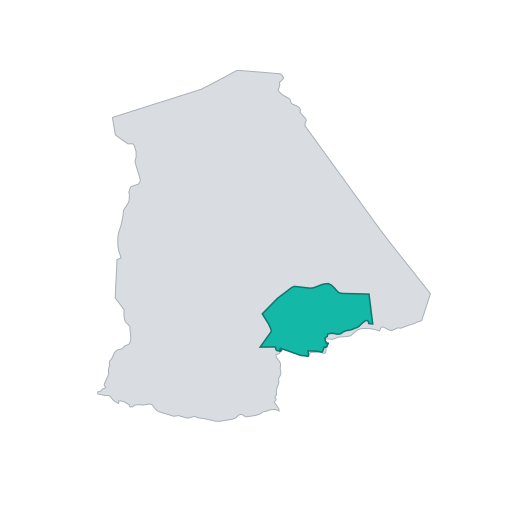 Béchar highlighted on a map of Algeria, rotated 197°
{"feature_id": "DZA-2148", "entity_name": "Béchar", "entity_type": "Province", "adm_level": 1, "iso_a3": "DZA", "parent_name": "Algeria", "parent_adm1": "", "projection": "robinson", "projection_center": [-2.712, 30.267], "detail": "fine", "context": "in_parent", "style": "filled", "palette": "teal", "viewbox_px": 512, "rotation_deg": 197, "n_neighbors": 0, "source": "natural_earth", "source_scale": "10m", "svg_char_len": 5339}
<svg xmlns="http://www.w3.org/2000/svg" viewBox="0 0 512 512"><g transform="rotate(197 256 256)"><path d="M367.0,77.9L367.4,78.9L367.5,79.9L366.0,80.9L365.0,81.4L363.8,84.0L361.6,85.7L361.2,86.2L361.3,86.7L362.9,87.5L363.4,88.2L363.7,89.2L363.2,92.8L362.4,99.2L362.5,100.5L363.1,102.2L363.8,103.5L364.0,104.9L364.0,108.5L364.8,110.6L365.4,112.5L364.2,114.9L363.7,117.0L363.4,120.0L363.3,121.9L362.5,123.6L361.4,125.3L360.1,126.3L358.5,127.2L356.7,128.4L355.3,131.5L352.1,134.1L351.5,135.0L351.3,137.0L351.4,139.9L352.1,142.2L353.7,145.6L355.2,149.3L355.6,151.2L356.2,151.9L358.2,153.1L361.5,154.8L362.2,155.5L363.9,158.1L365.6,162.7L366.2,165.7L372.3,170.4L378.1,174.5L378.5,175.2L382.1,189.2L383.3,194.1L387.9,212.1L386.3,213.1L384.5,214.4L385.9,216.8L388.7,220.8L390.4,224.0L391.0,225.3L392.3,229.3L393.4,233.2L393.7,234.4L394.2,237.4L394.0,245.5L395.0,255.9L396.1,261.0L394.7,265.7L393.5,270.1L393.7,272.4L394.5,275.9L395.3,278.4L396.3,279.8L396.2,284.1L395.9,285.7L392.9,288.0L389.7,290.1L388.8,291.9L388.6,293.8L389.1,295.4L399.0,310.2L399.4,311.6L399.6,315.8L401.3,321.0L403.1,323.3L403.8,325.0L405.0,326.2L406.2,327.1L407.0,327.2L411.2,325.8L418.5,328.1L425.5,330.5L426.0,331.0L430.1,339.0L433.8,346.5L357.2,399.4L348.8,407.5L329.0,427.4L327.5,428.3L301.1,434.1L287.4,437.0L286.8,437.2L286.0,437.2L285.4,437.2L284.2,436.7L282.8,435.5L281.9,434.9L281.6,434.0L282.2,432.7L282.8,431.6L283.1,430.7L283.6,430.0L284.2,429.5L284.2,428.7L283.7,427.5L283.2,425.7L283.2,422.6L283.2,421.1L281.9,419.9L279.5,418.6L277.3,417.8L276.3,417.5L273.9,417.1L270.5,416.2L269.3,415.7L267.1,412.7L266.0,412.0L261.0,411.5L259.3,411.0L257.9,410.3L256.7,409.4L256.1,407.7L255.9,406.4L255.4,405.8L249.8,402.6L248.4,401.6L247.7,400.6L247.6,399.1L247.8,397.3L247.5,395.7L247.3,394.9L149.3,320.7L144.1,316.9L132.2,308.3L78.2,271.0L78.6,244.3L78.7,242.9L79.0,242.3L80.8,241.3L83.5,239.1L84.5,238.1L85.8,237.1L90.4,234.0L91.3,233.2L95.8,229.7L96.8,229.2L99.2,228.8L100.2,228.2L101.5,226.8L103.5,225.2L104.8,224.4L105.1,224.3L105.9,224.2L109.9,224.6L111.6,225.0L113.7,225.3L114.3,225.1L114.9,224.6L115.6,223.5L115.8,222.2L115.9,221.0L116.0,220.5L116.4,220.3L117.3,220.4L118.4,220.5L120.9,220.5L121.7,220.3L124.4,220.1L128.3,219.3L133.9,217.5L136.6,215.5L138.5,213.3L140.5,210.1L142.1,207.4L145.4,205.6L148.1,204.6L149.6,204.1L153.1,202.7L158.8,198.4L163.6,197.8L164.2,197.4L164.9,196.6L164.9,195.3L164.1,194.4L163.2,193.9L162.5,193.4L161.8,193.3L161.4,192.7L161.6,191.5L161.7,190.5L162.2,189.4L162.1,187.9L161.4,186.4L161.2,185.3L161.2,184.2L161.6,183.4L162.6,182.8L163.7,182.6L165.3,182.9L168.1,182.5L175.2,179.9L175.7,179.1L176.2,177.3L176.7,175.8L177.4,175.2L177.8,175.1L183.6,174.1L184.8,174.0L195.5,174.5L204.6,174.8L205.4,174.5L205.4,173.3L204.8,171.2L205.2,169.9L206.5,168.6L208.1,167.2L207.3,165.6L206.0,164.4L204.2,163.1L203.3,162.5L201.6,160.9L200.6,159.0L199.9,155.1L198.6,152.9L197.7,150.2L198.5,145.2L197.3,142.2L197.1,140.9L197.1,139.4L197.4,136.8L197.2,133.0L195.8,129.2L196.4,127.9L196.7,127.2L196.6,126.6L195.3,125.4L194.8,124.4L195.1,123.5L195.7,122.1L195.7,121.5L193.6,119.8L190.1,117.1L189.1,115.9L188.6,114.5L192.0,114.8L193.7,114.7L197.7,112.9L200.8,110.5L203.3,109.3L205.5,106.6L207.4,105.0L210.2,103.2L218.4,99.3L219.6,99.3L222.3,100.2L224.6,99.9L226.2,98.6L227.9,95.3L230.6,93.3L233.9,91.4L238.4,89.5L241.4,87.7L246.1,86.2L258.0,85.3L264.1,84.4L268.2,84.6L272.4,81.8L274.4,80.9L283.5,80.7L287.7,78.7L303.9,78.7L305.9,79.4L307.9,80.5L311.3,83.1L312.9,83.6L315.1,83.1L320.0,80.6L325.5,79.3L328.5,77.9L329.8,75.7L332.4,74.9L333.9,76.6L339.8,78.2L343.3,77.8L344.9,77.2L344.2,74.8L348.0,75.4L350.9,76.6L354.1,79.0L356.1,79.5L359.6,78.4L367.0,77.9Z" fill="#d9dde1" stroke="#a8b0b8" stroke-width="1"/><path d="M183.7,174.0L186.0,174.1L187.1,174.1L188.3,174.2L189.6,174.3L191.0,174.3L192.5,174.4L193.9,174.5L195.4,174.5L196.9,174.6L198.2,174.7L199.5,174.7L200.7,174.8L201.7,174.8L202.6,174.9L203.2,174.9L203.6,174.9L203.8,174.9L205.0,175.0L205.7,174.8L206.0,174.1L205.9,173.7L205.7,173.4L205.3,173.3L205.0,173.3L204.4,173.6L204.1,173.6L204.0,173.3L204.1,173.1L204.4,172.9L204.5,172.8L204.6,172.6L204.6,172.4L204.6,172.0L204.9,172.0L207.3,171.7L208.4,171.8L208.7,171.9L209.1,172.0L209.3,172.1L209.5,172.3L209.7,172.5L209.9,172.8L210.1,173.2L210.6,174.5L211.0,174.5L211.8,174.4L225.4,170.1L219.4,188.0L219.4,188.8L220.0,189.9L223.6,194.2L233.1,202.5L223.1,221.8L212.5,236.5L210.3,238.2L194.6,241.1L192.7,241.9L190.6,243.2L185.2,247.5L182.8,249.1L178.7,250.8L175.1,250.1L170.9,247.9L169.1,246.7L166.1,245.1L162.7,245.4L136.8,252.6L124.5,225.1L126.5,224.7L128.6,224.4L129.2,226.2L130.6,226.8L132.3,226.2L134.1,223.8L135.7,221.3L136.9,218.9L138.5,217.1L140.3,215.9L142.2,214.2L143.7,213.1L145.5,212.1L147.9,211.0L150.3,209.0L152.2,206.5L153.9,205.5L155.9,204.9L158.5,204.8L161.4,204.1L164.6,202.4L164.5,201.2L164.3,199.9L165.2,199.1L166.1,197.5L165.2,196.0L165.2,195.6L165.1,195.3L165.0,194.9L164.8,194.7L164.1,194.4L163.8,194.1L163.4,193.4L163.1,193.1L162.9,193.0L162.6,193.2L162.1,193.6L161.8,193.8L161.5,193.8L161.3,193.6L161.3,193.2L161.4,192.8L161.7,192.2L161.8,191.8L161.7,190.3L161.7,189.9L162.0,189.6L162.9,188.9L164.1,188.9L164.4,183.7L165.5,183.1L166.3,183.2L166.9,183.2L171.8,182.3L172.8,182.0L175.5,181.2L178.4,180.7L177.7,178.8L176.6,175.6L177.5,175.1L180.7,174.8L183.7,174.0Z" fill="#14b8a6" stroke="#0f766e" stroke-width="1.5"/></g></svg>